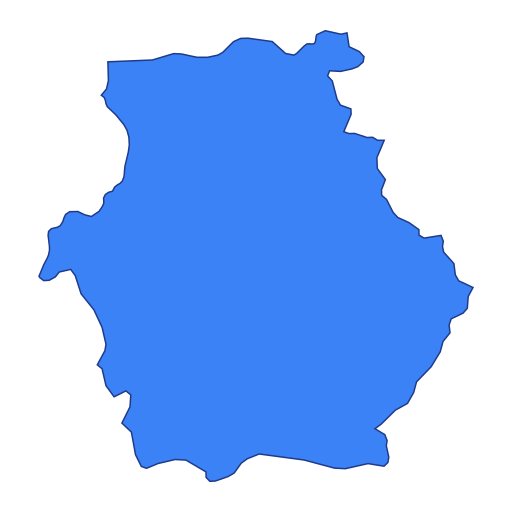 outline of Dytiki Makedonia
{"feature_id": "GRC-2892", "entity_name": "Dytiki Makedonia", "entity_type": "Region", "adm_level": 1, "iso_a3": "GRC", "parent_name": "Greece", "parent_adm1": "", "projection": "equal_earth", "projection_center": [21.4, 40.362], "detail": "fine", "context": "isolated", "style": "filled", "palette": "blue", "viewbox_px": 512, "rotation_deg": 0, "n_neighbors": 0, "source": "natural_earth", "source_scale": "10m", "svg_char_len": 2195}
<svg xmlns="http://www.w3.org/2000/svg" viewBox="0 0 512 512"><path d="M91.4,216.5L99.0,211.4L101.9,207.2L102.9,205.3L103.8,203.0L103.6,198.0L105.4,194.5L108.6,192.3L112.5,191.2L114.6,187.1L117.4,184.9L120.2,183.3L122.3,181.0L123.9,177.0L124.3,173.9L124.5,170.6L125.0,166.0L128.3,152.2L129.3,145.0L128.9,137.2L127.0,130.2L123.9,124.7L115.9,114.9L107.3,106.7L106.0,103.8L105.4,100.6L104.3,97.6L101.3,95.2L106.5,89.0L108.4,80.6L107.9,61.8L152.3,60.0L173.7,53.6L181.6,54.0L192.7,56.4L197.2,57.3L207.6,57.3L217.9,55.1L222.6,52.5L233.6,41.6L240.7,38.4L248.1,38.2L271.1,41.4L272.3,41.6L285.6,53.5L294.0,55.1L296.7,53.4L303.7,46.4L306.8,44.0L308.5,43.8L312.9,44.0L314.4,43.5L315.5,41.3L316.2,36.1L316.8,34.6L325.3,30.7L341.0,34.2L347.0,32.9L349.1,46.7L359.3,51.6L364.0,56.7L363.1,62.0L357.9,66.6L352.0,68.9L340.5,71.4L329.6,70.8L327.6,75.9L332.3,81.0L337.0,99.1L340.4,105.1L350.9,108.9L351.1,114.3L343.8,131.7L349.0,133.6L354.5,133.4L367.0,137.5L372.6,137.3L377.6,140.3L384.2,140.3L376.9,157.6L377.3,168.5L385.4,179.6L381.5,189.8L381.7,195.3L386.5,199.4L393.1,212.4L397.8,217.5L409.0,222.6L418.9,229.6L419.0,235.1L424.1,238.1L441.0,235.4L443.3,241.2L442.5,246.5L443.7,252.2L453.9,263.6L455.3,274.8L458.7,280.8L473.0,287.5L468.2,296.5L467.3,308.3L463.1,313.1L451.2,318.8L449.1,325.0L450.0,332.8L443.0,341.5L440.2,351.9L431.1,366.8L416.5,381.9L413.7,392.4L407.5,403.4L395.4,410.1L381.1,424.2L374.9,428.7L384.8,434.6L387.1,440.5L386.3,445.8L388.8,457.2L387.9,462.5L384.0,466.2L368.0,463.6L345.3,468.7L334.5,468.1L304.1,460.0L259.1,454.0L247.4,458.7L241.2,463.2L234.2,473.0L228.2,476.5L215.4,481.0L209.9,481.3L206.1,477.4L206.0,471.9L186.0,460.1L175.1,459.5L158.1,463.5L146.5,468.3L141.3,466.4L135.5,454.6L131.4,432.1L121.9,423.1L130.0,406.8L130.8,394.9L125.9,390.9L114.1,396.8L106.0,385.7L102.1,368.8L97.3,364.8L104.9,350.7L106.0,344.3L102.1,327.4L93.9,309.8L81.1,293.8L75.2,275.5L70.7,269.4L59.3,272.0L55.3,276.9L49.2,280.3L43.7,280.6L40.0,277.8L39.0,276.3L43.8,264.6L47.1,258.4L48.5,255.1L49.5,250.2L49.4,246.0L48.1,235.2L48.6,231.4L51.3,228.7L57.6,227.2L60.3,225.6L62.8,221.6L64.0,217.8L65.6,214.4L69.7,211.7L77.8,211.5L84.7,214.8L91.4,216.5Z" fill="#3b82f6" stroke="#1e3a8a" stroke-width="1.5"/></svg>